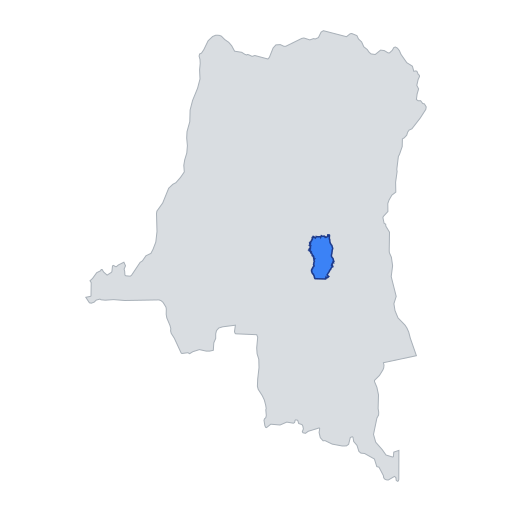 location of Kibombo, Maniema, Democratic Republic of the Congo
{"feature_id": "63176286B11141066261470", "entity_name": "Kibombo", "entity_type": "district", "adm_level": 2, "iso_a3": "COD", "parent_name": "Democratic Republic of the Congo", "parent_adm1": "Maniema", "projection": "equal_earth", "projection_center": [25.538, -4.082], "detail": "fine", "context": "in_parent", "style": "filled", "palette": "blue", "viewbox_px": 512, "rotation_deg": 0, "n_neighbors": 0, "source": "geoboundaries", "source_scale": "gbopen_adm2", "svg_char_len": 8220}
<svg xmlns="http://www.w3.org/2000/svg" viewBox="0 0 512 512"><path d="M416.4,355.7L383.4,362.7L384.0,365.2L383.7,367.9L382.9,369.9L379.5,375.4L374.5,380.4L374.5,381.6L376.9,387.3L378.5,394.9L378.1,408.5L378.7,412.1L378.6,415.0L376.9,418.1L373.5,434.4L375.7,442.2L382.2,449.6L386.0,455.0L392.4,457.0L393.4,456.7L393.8,452.1L398.9,450.4L398.8,479.3L398.4,480.9L397.5,481.3L396.2,480.3L395.9,477.6L394.5,476.4L388.3,480.0L386.7,479.9L385.0,479.3L383.7,477.8L383.4,475.6L379.0,467.2L376.8,466.6L374.4,459.0L364.6,453.5L360.9,453.1L358.9,451.4L357.0,445.4L353.7,441.5L353.0,437.3L352.3,436.7L350.3,437.5L348.6,444.3L346.4,445.9L342.3,446.0L332.2,444.1L325.0,440.6L323.1,440.8L320.3,437.7L319.1,432.5L319.7,428.5L319.2,427.9L308.2,431.3L305.5,433.3L303.0,432.8L302.3,431.7L303.4,428.9L302.8,426.0L302.0,424.6L298.7,423.5L297.7,420.3L295.7,419.8L295.1,420.3L294.6,422.5L293.4,423.2L286.8,422.1L280.0,425.0L270.8,424.2L266.5,427.6L265.8,427.5L264.9,425.8L264.0,420.3L264.5,418.8L265.8,417.7L266.3,415.5L265.8,409.8L266.2,408.5L265.7,405.2L264.3,399.9L262.3,395.7L258.2,389.3L257.4,386.3L257.7,379.1L259.0,367.7L258.8,359.3L257.1,353.8L256.7,347.9L257.7,337.2L256.7,334.7L235.7,333.8L234.9,333.0L234.5,331.5L235.4,325.2L222.7,326.8L218.8,328.0L216.5,330.6L215.7,333.8L215.7,338.4L213.8,342.8L213.3,350.3L209.7,351.1L206.2,351.1L199.4,349.6L192.8,351.7L189.6,353.7L187.9,352.7L181.9,353.5L181.1,352.9L174.3,338.2L171.2,333.3L170.6,330.9L170.8,328.6L170.0,325.5L166.8,317.9L166.2,314.4L166.3,308.9L165.9,307.0L163.0,302.3L161.1,300.7L159.0,299.9L124.8,300.5L113.5,299.6L105.3,300.2L101.1,299.8L99.9,299.1L96.2,300.1L94.2,302.1L91.3,303.2L89.4,302.8L85.8,297.3L90.7,296.3L91.0,295.8L91.2,282.6L90.0,280.8L92.5,278.5L96.7,272.7L100.7,270.7L101.2,269.5L102.1,269.5L103.6,272.0L107.1,275.1L111.5,272.3L111.9,271.6L112.5,265.9L113.5,265.4L115.4,266.6L116.5,266.6L118.3,265.0L123.9,262.2L125.5,265.8L124.1,269.1L124.7,271.4L124.9,275.0L125.8,275.8L130.2,276.2L131.5,275.3L140.1,262.4L142.4,260.9L146.0,255.7L150.9,253.4L153.0,249.4L155.8,242.1L157.0,231.6L156.5,213.5L156.9,211.1L162.7,203.0L168.7,188.2L172.8,184.3L175.9,182.7L180.6,177.3L184.3,171.9L183.8,165.3L184.7,159.9L186.8,153.0L187.4,145.7L186.7,138.0L187.0,131.7L189.8,121.6L190.1,110.1L192.6,100.4L197.6,88.2L200.0,79.0L199.6,70.0L200.2,63.4L200.0,59.5L199.1,56.1L199.6,54.0L201.5,53.1L203.8,49.7L208.1,40.8L212.6,36.5L215.8,35.2L219.1,35.3L221.3,36.1L224.8,39.6L228.7,42.3L231.7,45.8L234.6,51.2L241.7,52.3L244.8,54.3L246.6,55.0L247.3,54.5L248.8,54.8L252.1,56.4L254.8,55.5L267.9,59.0L269.4,57.3L273.1,48.0L275.9,44.9L280.3,44.6L283.9,46.3L285.7,46.3L301.8,38.4L303.9,38.0L309.8,39.9L313.6,38.6L315.2,39.0L318.4,37.6L321.1,32.1L323.4,30.7L346.5,36.7L350.1,33.8L351.7,33.5L356.9,35.6L358.5,39.0L361.6,41.9L363.8,46.8L367.2,49.5L369.0,52.1L371.0,53.9L375.2,54.5L380.6,50.1L384.3,50.6L388.1,52.9L389.5,52.9L392.3,50.3L393.8,47.6L395.3,47.0L397.5,48.2L399.4,50.7L401.0,54.4L406.8,62.7L412.4,66.2L413.8,71.3L415.8,70.9L416.9,71.3L418.3,74.5L419.3,75.2L419.5,76.5L418.1,79.6L416.8,85.4L418.6,88.9L417.1,94.1L416.4,99.5L418.2,100.8L420.6,100.7L422.7,103.5L424.4,103.9L426.2,106.9L425.8,109.4L420.2,118.1L411.9,128.8L409.1,130.1L407.7,132.1L406.7,135.2L404.3,137.8L402.4,138.9L402.2,146.6L399.4,154.6L398.4,156.3L396.8,169.3L397.1,171.5L395.6,182.2L395.8,192.1L391.8,195.2L389.0,200.1L387.8,203.5L387.9,211.5L383.3,216.5L382.9,217.6L384.1,223.3L385.7,224.2L385.8,226.1L389.5,232.2L389.2,251.0L389.4,252.8L391.4,257.3L392.6,265.8L391.2,276.6L396.2,296.4L393.9,303.7L395.0,310.6L398.0,317.9L405.0,325.1L406.9,328.0L408.7,332.0L410.3,338.2L416.4,355.7Z" fill="#d9dde1" stroke="#a8b0b8" stroke-width="1"/><path d="M313.2,236.5L313.3,237.2L313.3,237.4L313.1,237.4L312.9,237.3L312.6,237.2L312.4,237.3L312.2,237.5L312.2,238.0L312.5,238.0L312.4,238.4L312.3,238.5L312.4,238.9L312.3,239.2L312.3,239.7L312.2,239.8L311.7,239.9L311.6,240.0L311.4,241.0L311.1,241.2L311.0,241.6L311.0,241.8L310.8,242.0L310.4,241.9L309.9,242.4L309.9,242.5L310.0,242.6L310.2,242.8L310.4,243.1L310.4,243.4L310.5,243.7L310.5,243.8L310.3,243.9L310.2,244.2L309.9,244.0L310.0,244.4L309.9,244.6L310.0,244.7L310.0,245.0L309.8,245.1L310.1,245.2L310.1,245.4L310.2,245.7L310.0,245.9L310.1,246.0L310.3,246.0L310.2,246.1L310.3,246.3L310.3,246.5L310.2,246.6L310.2,246.8L310.5,246.8L310.5,247.0L310.3,247.3L310.4,247.5L310.4,248.0L310.1,247.9L310.0,248.0L309.8,248.3L309.8,248.7L309.7,248.6L309.5,248.8L309.8,248.8L309.7,249.1L309.5,249.6L309.4,249.7L309.2,249.6L309.2,249.9L309.4,250.2L309.4,250.4L309.5,250.4L309.6,250.6L309.8,250.5L309.7,250.8L309.9,250.8L310.1,250.9L310.0,251.0L309.8,251.0L310.1,251.2L310.3,251.2L310.8,251.5L310.6,251.6L310.4,251.8L310.5,252.0L310.7,252.3L310.8,252.8L311.0,253.0L311.3,252.8L311.3,252.7L311.5,253.0L311.4,253.4L311.4,253.5L311.7,253.6L312.0,254.0L312.2,254.3L312.3,254.4L312.2,254.6L312.1,255.2L312.2,255.3L312.3,255.3L312.3,255.5L312.5,255.5L312.6,256.0L312.9,256.1L313.0,255.8L313.1,255.7L313.3,255.8L313.5,256.1L313.6,256.3L313.7,256.5L313.5,257.4L313.6,257.6L313.8,257.7L314.0,258.0L313.9,258.3L313.7,258.5L313.7,258.8L314.2,259.1L314.3,259.1L314.2,259.2L314.0,259.4L314.2,259.7L314.1,259.9L314.0,260.1L314.1,260.3L314.0,260.5L314.1,260.9L314.1,261.0L314.2,261.4L314.4,261.6L314.3,261.8L313.9,262.5L313.8,263.0L313.9,263.6L313.8,263.8L313.5,264.3L313.6,264.7L313.9,265.0L313.9,265.3L314.1,265.6L314.1,265.8L314.0,266.1L313.8,266.4L313.6,266.3L313.5,266.6L313.4,266.6L313.3,266.9L312.7,267.5L312.6,267.8L312.7,268.0L312.6,268.5L312.3,268.6L312.2,269.0L311.8,269.2L311.8,269.3L311.8,269.5L311.7,269.5L311.6,269.8L311.5,270.2L311.6,270.4L311.5,270.5L311.5,270.9L311.5,271.0L311.7,271.5L311.7,271.9L311.9,272.2L312.0,272.2L312.0,272.5L312.1,272.9L312.4,273.4L312.6,273.5L312.8,274.0L313.1,274.2L313.3,274.2L313.3,274.4L313.6,274.7L313.6,274.9L313.7,275.1L313.8,275.4L314.2,276.0L314.3,276.4L314.2,276.8L314.3,277.0L314.5,277.3L314.5,277.6L314.7,277.9L314.7,278.3L315.1,278.7L325.7,279.0L326.0,278.4L325.7,277.9L326.0,277.1L326.6,277.9L326.9,277.9L327.0,277.7L327.3,277.6L327.7,277.5L327.9,277.3L328.0,277.3L328.1,277.2L328.2,276.9L328.4,276.8L328.8,276.5L328.4,276.1L327.8,275.8L327.1,274.9L327.4,274.3L327.8,273.8L328.1,273.1L328.4,272.8L328.5,272.7L328.8,272.2L329.4,271.3L329.5,270.6L329.8,270.2L330.1,269.8L330.5,269.7L330.8,269.1L330.8,268.9L330.9,268.5L331.1,268.3L331.4,267.7L331.5,267.6L331.8,267.1L332.1,266.9L332.3,266.8L332.4,266.4L332.6,266.5L332.6,266.4L332.8,266.3L332.7,266.1L332.6,265.9L332.2,265.9L332.2,266.0L332.1,265.9L331.9,265.7L332.2,265.6L332.2,265.4L332.1,265.2L332.1,264.9L332.0,264.7L331.9,264.7L331.9,264.8L331.8,264.7L331.7,264.7L331.8,264.4L331.8,264.2L331.9,264.4L332.0,264.4L332.2,264.2L332.0,263.9L332.2,263.6L332.3,263.5L332.4,263.4L332.6,263.3L332.7,263.2L332.8,263.1L332.7,263.0L332.7,262.9L332.8,262.8L332.9,262.7L333.0,262.7L332.9,262.6L333.0,262.5L333.1,262.4L333.1,262.5L333.1,262.4L333.1,262.2L333.4,261.9L333.3,261.7L333.6,261.6L333.8,261.6L333.8,261.4L333.7,261.4L333.9,261.2L333.7,260.9L333.6,261.0L333.4,260.8L333.4,260.4L333.4,260.2L333.3,259.8L333.2,259.6L333.3,259.5L333.3,259.3L333.2,259.2L333.2,258.9L332.6,258.0L331.9,257.2L331.6,256.6L331.4,256.0L331.4,255.6L331.5,255.1L331.5,254.8L331.6,254.2L331.8,253.8L331.8,253.7L331.8,253.3L331.9,253.1L331.9,252.7L332.0,252.2L332.1,251.5L332.2,250.1L332.7,248.7L332.7,248.3L332.6,247.9L332.3,247.2L332.1,246.3L331.9,245.5L331.7,245.2L331.3,244.9L330.8,244.0L330.6,243.6L330.3,243.2L330.2,242.7L329.9,242.1L329.9,241.4L329.8,241.0L329.8,240.5L329.7,239.4L329.3,239.0L329.4,238.0L329.3,237.4L329.3,237.1L329.5,236.1L329.5,235.2L329.2,234.9L327.8,234.9L327.8,235.0L327.7,235.2L327.7,235.3L327.7,235.5L327.8,235.5L328.0,235.5L328.0,235.8L327.8,235.9L327.8,236.1L327.8,236.3L327.6,236.3L327.5,236.5L326.7,237.1L326.4,237.1L326.0,237.4L325.8,237.3L325.7,237.4L325.4,237.4L325.5,237.1L325.2,237.1L325.0,236.9L325.0,236.7L324.7,236.6L324.5,236.2L324.3,236.1L324.2,236.1L323.8,236.1L323.6,236.3L322.9,236.3L322.7,236.3L322.5,236.2L322.0,236.1L321.6,235.9L321.3,235.7L320.7,237.2L320.6,236.9L319.5,236.7L318.7,236.8L317.2,236.7L316.2,236.5L316.2,236.8L315.6,237.7L315.3,238.1L315.1,237.9L314.6,237.5L314.3,237.1L314.0,237.0L313.7,236.5L313.2,236.5Z" fill="#3b82f6" stroke="#1e3a8a" stroke-width="1.5"/></svg>